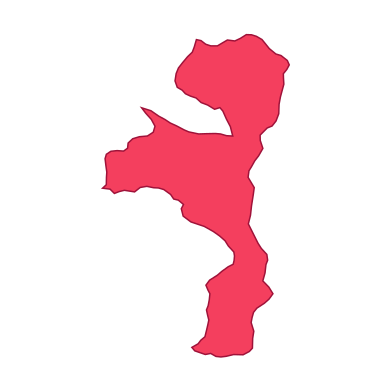 Americano do Brasil, Goiás, Brazil, rotated 95°
{"feature_id": "56859067B95851726668202", "entity_name": "Americano do Brasil", "entity_type": "district", "adm_level": 2, "iso_a3": "BRA", "parent_name": "Brazil", "parent_adm1": "Goiás", "projection": "natural_earth1", "projection_center": [-49.994, -16.275], "detail": "fine", "context": "isolated", "style": "filled", "palette": "rose", "viewbox_px": 384, "rotation_deg": 95, "n_neighbors": 0, "source": "geoboundaries", "source_scale": "gbopen_adm2", "svg_char_len": 2137}
<svg xmlns="http://www.w3.org/2000/svg" viewBox="0 0 384 384"><g transform="rotate(95 192 192)"><path d="M346.8,178.6L350.0,175.4L352.7,164.6L351.2,159.3L353.7,153.8L353.8,148.8L352.7,143.6L350.3,136.4L349.7,126.9L345.9,121.0L342.3,118.2L332.6,118.8L325.3,118.3L321.1,120.0L316.9,121.7L311.8,121.2L306.5,120.2L302.0,117.2L296.5,110.2L292.1,106.0L286.3,102.5L280.0,107.2L274.4,113.7L266.2,112.2L257.9,112.0L253.3,110.7L247.7,112.0L242.2,118.0L237.4,121.7L218.9,133.1L210.0,131.7L200.6,131.5L188.8,130.7L182.2,130.4L172.5,137.4L165.9,137.1L161.5,134.9L155.3,132.1L150.2,128.8L142.4,125.2L134.7,128.5L129.4,129.1L121.6,122.6L119.3,118.0L114.0,114.5L106.5,112.4L97.0,112.9L89.6,112.2L76.6,109.9L70.5,110.8L66.2,111.3L61.6,108.2L56.9,106.2L52.7,108.5L48.3,115.2L47.2,120.5L42.4,127.5L37.7,132.0L34.0,135.6L31.3,141.4L30.2,146.4L30.5,151.6L34.8,157.3L37.8,162.5L37.5,170.0L40.9,174.8L44.2,179.4L44.8,186.0L43.6,191.2L40.4,196.2L39.8,200.9L47.4,202.4L52.7,203.9L57.6,208.2L63.9,212.6L69.6,216.3L75.4,218.1L82.8,218.6L89.0,215.8L91.4,210.7L94.7,207.1L96.6,201.9L98.0,196.1L102.1,190.7L104.0,184.0L107.6,176.7L105.5,171.6L108.7,168.3L116.3,164.1L123.5,159.5L132.7,156.3L132.9,162.5L131.7,168.6L131.7,173.8L132.7,183.0L133.6,190.4L132.4,200.4L130.9,205.0L127.5,213.1L125.2,219.6L122.1,225.3L119.3,231.8L114.6,240.0L112.5,249.5L117.5,245.0L123.3,238.8L129.7,234.6L135.8,235.8L140.1,241.3L141.5,249.2L144.1,255.7L148.8,259.9L154.0,260.0L157.2,263.7L157.3,270.2L158.5,276.4L161.9,280.6L166.4,281.5L173.1,280.1L179.7,278.6L184.8,278.5L192.2,278.0L196.0,281.4L196.3,273.9L200.2,269.2L197.9,264.5L196.2,259.5L196.9,249.2L192.0,244.0L190.3,237.5L191.1,230.6L190.9,225.8L192.0,220.3L196.3,213.1L200.6,209.6L201.3,204.9L205.2,199.4L209.6,201.2L216.8,198.7L221.9,190.5L225.2,176.8L229.5,167.3L233.3,160.8L237.7,154.8L242.6,151.1L248.1,145.1L252.0,144.1L256.5,144.1L260.4,144.7L263.2,149.3L268.5,155.4L272.7,159.5L278.3,166.8L283.6,170.0L288.2,167.6L291.8,165.3L298.0,165.4L303.9,166.0L308.2,167.3L313.1,165.8L318.1,164.1L322.4,164.6L328.7,165.5L335.1,166.5L338.9,170.3L342.7,172.7L346.8,178.6Z" fill="#f43f5e" stroke="#9f1239" stroke-width="1.5"/></g></svg>